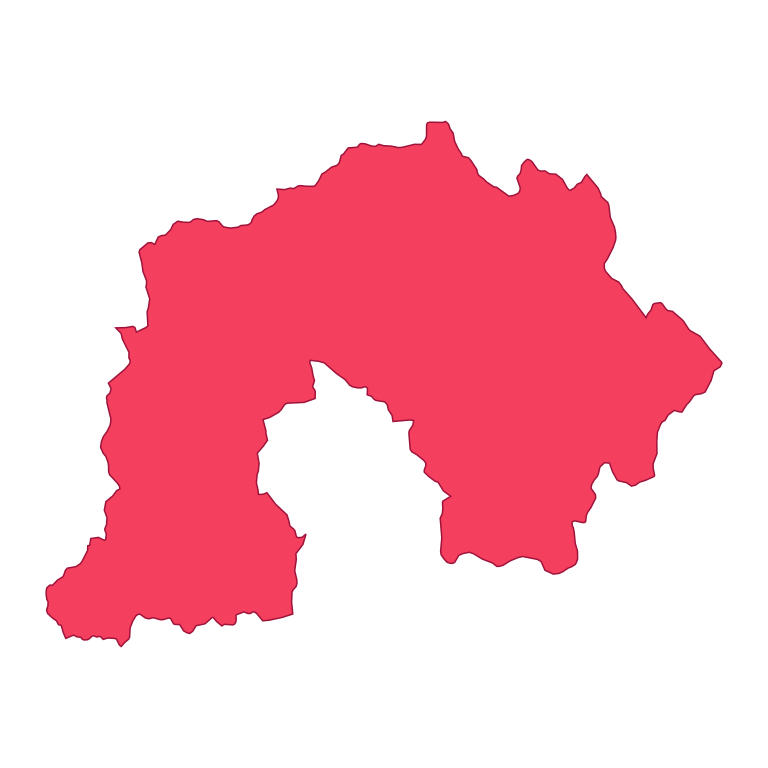 the district of Bach Thong, Bắc Kạn, Vietnam
{"feature_id": "81297802B24696745321038", "entity_name": "Bach Thong", "entity_type": "district", "adm_level": 2, "iso_a3": "VNM", "parent_name": "Vietnam", "parent_adm1": "Bắc Kạn", "projection": "equal_earth", "projection_center": [105.833, 22.201], "detail": "fine", "context": "isolated", "style": "filled", "palette": "rose", "viewbox_px": 768, "rotation_deg": 0, "n_neighbors": 0, "source": "geoboundaries", "source_scale": "gbopen_adm2", "svg_char_len": 6091}
<svg xmlns="http://www.w3.org/2000/svg" viewBox="0 0 768 768"><path d="M177.8,221.2L173.2,224.4L170.7,229.7L165.4,235.1L161.1,235.7L158.2,237.1L154.7,244.5L151.4,242.6L147.9,242.9L139.8,249.7L139.1,252.2L141.8,262.8L143.0,271.6L146.5,280.6L146.5,284.4L145.9,286.9L149.7,298.8L148.3,308.2L147.1,311.9L147.9,325.8L146.0,327.5L136.4,332.1L134.9,327.5L132.9,326.4L125.5,327.6L115.8,327.9L121.1,333.4L122.4,339.1L129.0,352.4L128.9,357.9L130.1,360.5L130.2,362.1L129.4,364.0L124.8,369.3L108.4,383.1L111.1,388.8L109.9,393.0L107.0,395.9L106.5,397.5L107.0,400.4L106.9,402.6L110.9,418.9L110.6,422.6L110.0,425.5L107.0,431.5L103.3,436.7L101.4,441.7L100.6,447.3L103.1,453.1L105.9,456.5L108.1,462.5L108.6,466.4L108.6,471.2L109.5,474.6L117.3,483.0L119.5,486.3L119.9,489.0L116.7,490.6L112.5,496.2L105.9,501.6L104.3,510.2L107.0,517.6L106.5,524.7L104.8,528.8L104.9,530.3L106.3,533.9L105.7,539.3L104.5,540.4L98.5,537.4L90.8,538.5L89.7,545.2L87.7,545.8L87.6,550.4L82.0,561.5L80.3,563.7L76.0,566.6L67.2,568.2L65.4,570.4L63.6,575.5L62.7,576.9L57.6,580.0L52.6,585.2L49.9,585.1L47.0,587.6L46.3,589.9L46.1,594.2L46.9,599.7L48.1,601.7L47.9,605.9L46.8,609.0L46.7,610.7L47.7,613.6L53.0,618.4L56.5,620.8L58.5,624.7L61.2,625.3L63.3,632.7L65.8,638.4L73.7,635.1L76.8,636.8L80.8,637.3L82.0,639.0L84.0,640.0L87.7,639.7L89.8,638.4L92.3,635.9L93.6,635.8L96.7,637.0L99.5,636.4L100.9,637.0L103.2,639.4L107.7,638.0L114.2,638.4L116.4,639.0L119.4,645.0L121.2,646.5L124.8,642.4L128.6,639.2L129.6,637.3L130.1,627.9L132.7,621.2L136.0,615.7L138.7,614.1L140.2,614.3L145.2,617.9L148.7,618.8L153.3,617.7L160.2,619.7L162.8,619.7L169.1,617.9L170.8,618.8L173.5,623.8L175.0,624.4L179.7,624.6L183.6,630.8L186.6,632.6L189.7,633.5L192.7,631.3L196.1,625.7L205.0,623.8L212.3,617.4L213.2,617.5L216.7,621.6L221.8,625.9L224.5,624.3L232.9,624.9L234.5,624.2L235.8,622.2L236.2,619.5L236.0,615.5L236.5,614.7L243.9,611.9L248.1,613.6L250.6,613.4L252.8,611.8L254.2,612.0L256.4,613.2L262.8,620.8L269.1,620.2L282.2,617.4L292.8,614.0L291.6,602.3L292.0,592.3L293.0,590.0L296.1,586.5L297.0,583.2L296.8,579.7L294.7,570.7L296.3,559.3L295.9,553.7L302.9,544.5L305.8,534.8L305.6,534.4L302.1,537.3L298.5,537.7L296.9,537.2L296.3,536.2L294.9,530.7L293.9,529.3L289.9,526.0L289.0,521.4L287.0,514.9L275.6,504.2L266.9,492.7L263.1,494.3L258.4,494.4L258.1,490.5L256.4,482.8L257.1,474.6L258.3,471.2L259.1,463.4L257.4,454.0L257.6,452.8L263.2,446.3L267.5,440.2L265.9,433.2L265.9,430.7L263.0,419.6L269.8,417.4L278.8,412.2L281.3,409.6L284.2,405.1L286.0,403.7L287.3,403.2L304.1,402.4L315.1,398.5L315.3,392.1L314.8,390.1L312.8,387.2L312.9,385.6L314.5,380.7L313.1,375.7L311.7,367.9L309.8,362.8L310.1,360.3L318.7,361.3L324.2,362.8L336.7,373.7L345.2,379.7L349.8,385.3L352.5,386.8L357.2,387.8L361.4,387.9L364.8,386.7L365.9,386.8L367.5,388.4L367.2,394.8L371.5,396.3L374.1,399.3L375.9,400.4L384.7,401.8L387.3,404.7L388.3,409.7L392.1,415.5L393.0,421.5L409.5,420.0L413.6,420.4L412.9,425.1L409.2,430.8L408.9,433.3L410.2,449.3L412.0,452.0L416.8,454.7L423.8,460.4L425.8,463.1L425.8,465.7L424.2,470.2L424.3,472.2L428.9,476.6L434.8,481.1L438.1,482.2L443.4,490.9L450.7,496.3L442.9,501.1L442.5,502.7L442.8,508.6L442.3,513.6L440.2,518.2L441.8,537.9L440.6,551.3L441.1,554.7L443.9,558.8L447.0,562.2L449.9,563.2L452.5,563.4L454.6,562.5L458.9,555.2L463.5,553.4L469.4,552.3L473.5,553.7L482.4,559.1L492.6,563.0L496.8,566.4L499.1,566.4L503.3,565.2L509.8,561.0L517.9,557.6L522.6,556.5L537.5,559.4L541.1,561.5L545.0,570.3L553.4,574.1L559.0,573.4L562.8,571.7L568.1,568.1L571.7,566.7L575.3,564.4L576.4,562.5L577.6,558.9L577.5,551.2L575.2,543.1L574.2,532.2L573.2,527.5L572.3,525.7L572.0,522.9L572.3,522.0L573.5,521.2L575.1,520.9L582.6,522.6L584.5,522.5L585.6,521.7L586.4,515.3L587.5,512.6L591.0,507.4L595.7,498.1L595.4,494.5L591.1,488.4L591.1,487.4L591.8,484.2L594.3,479.9L597.3,476.4L598.4,473.8L599.9,467.0L604.4,462.8L609.1,463.0L609.9,464.2L612.6,471.9L617.0,479.8L618.5,480.8L626.6,482.7L631.5,486.1L635.4,485.2L639.7,482.1L645.3,480.4L654.0,476.5L654.5,475.9L654.5,474.5L653.3,469.0L653.1,465.7L653.3,463.3L657.0,453.5L656.8,441.4L657.4,432.3L660.3,425.0L661.9,422.2L665.1,420.3L668.1,415.0L674.3,410.4L679.1,411.8L681.9,412.1L686.8,404.5L689.6,401.7L693.9,395.5L696.2,394.5L701.3,393.7L705.1,392.0L711.1,380.5L713.9,370.8L720.1,366.9L721.9,363.3L721.4,362.0L709.7,349.0L700.0,336.2L690.3,330.7L688.8,329.3L683.6,321.3L682.0,319.6L672.4,311.3L667.7,310.6L665.5,308.5L662.3,303.9L660.6,302.6L654.3,303.5L652.8,304.7L651.1,309.8L647.6,314.3L646.1,317.7L631.9,298.9L622.9,288.7L621.6,285.9L618.7,282.0L611.8,278.5L605.7,271.5L604.4,268.6L604.2,263.7L607.4,258.9L613.0,247.8L615.6,240.3L615.9,237.4L615.5,232.3L614.4,227.0L610.3,217.4L608.9,205.5L607.8,202.5L601.3,196.7L600.5,193.5L598.1,188.1L586.8,174.5L584.9,176.5L581.3,182.5L577.3,184.2L574.2,188.0L570.2,190.3L568.8,189.9L566.8,187.2L562.5,179.4L555.9,174.2L549.5,173.8L544.9,170.9L540.6,171.1L537.8,169.9L531.9,161.5L529.2,159.7L527.1,159.4L524.5,161.7L521.6,165.4L521.1,170.2L519.9,173.9L517.7,176.1L516.9,178.1L520.1,187.5L520.1,189.9L518.6,193.0L514.4,195.2L508.9,196.2L496.7,187.3L493.8,186.8L486.8,182.1L483.3,178.7L478.7,175.3L477.5,173.1L476.8,169.5L471.0,160.6L468.4,157.7L462.3,156.2L461.5,154.0L458.0,148.5L454.7,141.5L453.1,133.1L450.1,128.8L448.5,124.1L445.7,121.5L442.5,122.4L429.8,122.2L427.7,122.8L426.9,123.8L426.6,125.4L426.5,136.5L425.3,139.5L421.5,144.4L414.5,144.3L402.3,147.3L398.4,147.6L391.1,146.1L383.6,145.7L378.8,144.3L375.4,146.4L371.4,146.0L365.1,143.8L361.6,143.5L360.4,143.7L359.2,144.8L357.3,147.2L348.2,147.9L343.4,154.1L341.2,155.5L339.5,162.1L338.3,164.0L336.8,165.4L331.6,167.1L325.2,172.2L321.9,174.0L318.8,180.6L315.0,185.8L313.4,186.3L306.9,186.3L300.2,185.6L298.3,185.9L293.8,188.6L290.2,188.1L284.8,189.6L276.9,189.1L278.4,195.2L278.3,197.6L277.5,199.9L276.4,201.6L273.6,205.0L264.8,209.6L261.7,212.2L256.9,213.8L254.3,215.9L252.2,219.5L251.4,222.2L249.8,223.9L247.2,225.0L241.0,225.5L237.9,227.2L230.3,228.1L224.0,227.0L222.5,226.0L218.9,221.7L216.4,220.6L207.6,221.4L203.1,219.6L196.8,218.7L193.5,219.5L190.3,222.1L189.2,222.4L183.4,222.2L177.8,221.2Z" fill="#f43f5e" stroke="#9f1239" stroke-width="1.5"/></svg>